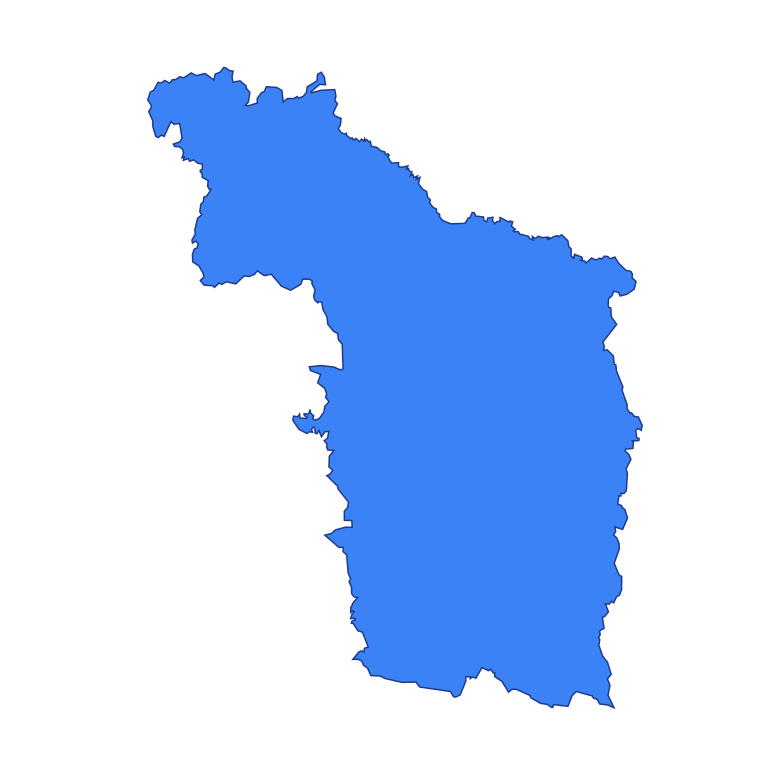 outline of Taungoo, Bago, Myanmar, rotated 189°
{"feature_id": "60261553B53825313002023", "entity_name": "Taungoo", "entity_type": "district", "adm_level": 2, "iso_a3": "MMR", "parent_name": "Myanmar", "parent_adm1": "Bago", "projection": "albers", "projection_center": [96.407, 18.81], "detail": "fine", "context": "isolated", "style": "filled", "palette": "blue", "viewbox_px": 768, "rotation_deg": 189, "n_neighbors": 0, "source": "geoboundaries", "source_scale": "gbopen_adm2", "svg_char_len": 6152}
<svg xmlns="http://www.w3.org/2000/svg" viewBox="0 0 768 768"><g transform="rotate(189 384 384)"><path d="M654.3,646.7L657.5,637.9L660.5,635.8L661.8,627.6L658.0,623.5L657.1,621.1L659.0,616.3L653.5,607.7L652.5,601.9L648.1,592.8L645.5,592.1L642.8,595.1L639.9,594.1L635.5,609.8L632.1,607.7L626.6,609.3L621.9,595.3L623.5,591.3L629.6,588.0L628.0,585.9L622.9,586.2L619.5,584.1L618.2,581.0L618.8,575.8L616.7,577.0L617.2,573.6L612.8,575.9L610.9,573.6L607.0,575.6L602.4,572.8L597.8,572.9L597.1,567.5L598.9,566.3L598.5,564.6L596.7,563.7L596.0,559.8L589.5,557.4L589.1,551.6L587.1,549.1L585.3,549.2L588.4,541.9L591.2,540.3L590.9,535.9L593.0,533.0L592.9,525.3L590.4,522.5L594.0,518.7L595.0,506.5L593.8,502.5L596.2,496.1L595.2,493.2L592.2,495.7L589.4,493.6L590.1,488.9L592.5,487.6L593.5,482.0L592.0,474.7L585.3,471.7L579.9,465.0L578.6,461.7L581.6,457.4L577.1,453.5L568.3,454.3L566.5,452.9L562.8,457.9L559.8,457.0L555.6,460.3L546.1,459.7L538.9,468.9L533.9,469.1L529.0,472.1L526.9,475.9L519.2,472.3L512.5,474.8L500.6,464.6L490.9,462.0L481.9,469.3L480.6,474.8L474.0,475.9L470.8,474.4L471.1,472.1L466.7,466.1L467.3,459.8L465.3,455.8L462.0,453.8L461.1,455.2L458.3,455.1L455.9,448.0L450.8,441.4L448.9,434.3L441.9,428.0L437.7,426.7L436.0,420.6L431.5,416.8L426.8,392.6L429.1,391.1L436.3,392.9L448.7,392.4L460.4,389.4L458.9,385.9L448.1,383.5L449.7,374.8L442.1,370.6L439.0,365.3L439.7,361.9L435.6,357.9L439.0,352.5L439.0,346.7L442.7,339.5L446.9,337.4L449.1,339.0L448.4,341.4L451.9,343.8L453.0,347.2L453.8,342.5L458.3,342.1L457.7,340.4L454.7,339.1L455.2,337.9L461.5,337.2L462.7,341.0L464.1,338.2L468.3,338.1L468.4,334.0L461.1,326.1L452.4,323.0L450.2,325.2L447.0,325.1L448.5,327.8L447.0,330.5L445.3,329.4L444.4,324.7L442.5,324.3L441.0,327.8L437.5,322.2L434.7,327.7L431.1,328.5L431.3,321.7L434.2,318.6L430.6,315.4L430.9,312.7L429.1,310.0L423.1,310.5L426.7,304.1L425.4,293.4L421.1,290.8L423.7,285.9L426.2,284.6L413.8,275.8L412.9,273.1L400.6,261.8L400.6,256.2L403.3,252.1L401.8,243.1L394.5,244.2L393.0,237.5L399.5,236.6L409.0,232.4L412.4,228.2L418.8,225.4L403.0,215.6L398.7,216.3L398.2,212.0L394.2,209.5L389.9,191.9L386.3,185.9L387.6,183.3L384.3,178.2L383.2,171.9L380.3,169.0L376.5,169.0L380.0,163.8L381.8,157.9L381.2,153.2L379.4,155.2L377.8,154.2L379.5,152.2L380.3,147.1L375.8,148.0L375.4,146.6L378.7,144.5L378.8,142.6L377.0,142.7L371.2,136.2L366.5,135.5L358.4,121.7L362.0,119.9L361.8,116.3L364.5,116.9L366.9,115.4L371.7,107.1L366.6,108.1L362.7,106.9L360.2,103.0L355.8,100.8L351.4,94.0L342.1,95.0L337.0,93.3L319.6,92.1L305.9,94.6L301.3,90.3L270.4,90.7L266.4,86.0L264.5,85.9L260.1,88.8L256.7,103.5L257.5,107.8L252.7,108.1L252.7,106.6L250.7,108.6L247.2,107.8L242.9,119.1L235.8,117.2L233.9,118.9L230.8,115.6L229.4,116.0L228.9,112.3L221.1,108.8L212.7,99.1L210.1,102.3L205.7,103.2L191.3,99.3L189.9,97.1L179.6,93.1L172.4,93.1L168.1,90.8L166.8,90.9L166.2,93.9L151.9,94.4L149.5,105.5L146.0,110.4L129.6,108.5L127.8,106.3L124.3,106.1L120.9,101.7L113.0,102.0L106.2,100.2L114.1,111.7L113.7,121.7L117.2,127.7L114.2,132.8L119.7,144.1L125.5,149.5L130.9,159.5L130.9,165.2L132.3,167.2L131.3,170.5L132.5,173.8L128.4,177.1L131.8,187.7L129.5,189.1L126.7,194.1L130.9,201.5L127.3,201.8L125.0,205.0L122.9,203.8L121.1,210.1L118.3,212.5L117.2,218.0L119.1,231.1L121.9,232.0L128.6,242.9L125.8,258.0L127.0,263.6L130.2,268.6L133.8,270.8L132.1,274.4L133.5,278.9L125.6,277.7L122.5,289.8L126.5,297.8L129.8,299.4L130.1,301.0L134.3,301.9L134.5,310.2L132.5,310.4L132.7,313.4L130.0,313.2L128.0,316.5L129.6,333.5L131.6,338.2L128.3,348.2L131.2,352.8L135.3,355.3L135.1,357.5L128.1,359.3L128.5,365.5L129.8,366.6L123.5,368.0L123.5,370.1L125.9,370.3L128.1,377.7L126.3,379.8L122.7,378.5L122.5,383.5L127.6,391.2L131.8,391.2L135.1,394.3L136.3,393.6L140.2,397.9L140.6,401.5L148.0,415.3L147.5,418.3L156.4,433.2L158.0,439.1L159.7,439.6L161.9,447.7L169.0,452.7L172.3,451.5L172.4,456.0L174.4,459.7L163.5,479.3L170.1,486.0L171.8,494.5L174.0,494.8L174.9,496.9L175.6,503.3L172.8,506.5L171.6,511.6L166.6,511.1L164.5,507.9L158.2,510.6L151.7,516.8L151.1,524.6L155.6,527.8L155.8,531.3L157.9,533.9L162.8,534.1L171.4,540.2L175.8,545.5L180.3,543.1L183.0,544.9L186.5,544.7L188.3,541.5L190.5,542.1L194.2,539.6L198.7,540.9L203.3,535.1L204.9,536.8L209.1,536.8L207.5,538.6L208.5,540.3L216.1,541.9L216.4,537.9L219.2,539.7L220.3,546.9L222.8,548.3L224.9,554.3L231.9,559.2L234.6,556.7L235.7,557.7L238.9,556.5L244.3,552.3L245.4,553.0L243.9,554.4L245.1,554.7L250.6,553.3L254.7,554.1L257.2,551.4L260.6,552.9L259.3,549.6L263.3,550.6L264.4,552.5L273.3,553.3L275.3,555.5L279.5,554.7L280.3,555.6L278.5,557.3L282.8,559.7L282.3,564.3L285.1,564.7L285.7,563.4L295.4,566.6L294.9,562.7L297.9,562.2L299.5,559.7L302.4,562.2L302.5,565.7L307.5,564.1L307.9,560.3L310.9,561.2L311.8,564.5L319.6,564.2L321.7,567.2L323.7,567.3L324.9,561.8L326.7,561.3L329.1,555.3L342.9,552.7L351.7,554.7L355.1,557.6L355.7,560.5L358.9,561.7L359.5,565.0L363.3,566.2L367.2,570.0L367.0,573.0L370.0,575.1L372.1,580.8L376.0,582.3L381.3,587.2L380.8,593.7L384.0,591.3L383.4,594.7L386.8,592.5L388.3,595.6L390.4,593.8L389.6,597.8L392.9,598.6L393.4,600.6L395.3,599.7L394.5,603.1L400.4,600.8L403.6,601.0L404.3,605.0L411.1,603.3L416.0,609.2L414.6,610.4L416.0,612.0L418.5,610.8L419.4,613.3L424.2,614.0L427.7,616.5L433.8,616.9L435.4,621.5L437.0,620.9L439.1,622.6L440.2,621.2L441.5,623.4L442.0,620.6L444.5,622.4L446.1,619.6L450.1,622.2L452.2,620.0L453.9,622.2L455.4,621.2L459.9,623.8L460.4,625.7L462.1,624.6L465.7,625.7L469.1,629.3L467.6,632.7L467.9,639.5L474.8,641.3L476.6,643.9L473.8,653.5L476.9,656.5L476.5,660.8L478.7,667.1L492.3,664.2L501.4,660.2L501.8,661.3L494.4,669.9L488.6,670.4L490.9,677.7L494.7,682.1L498.1,679.4L497.6,672.9L506.4,665.4L506.2,659.8L508.9,655.3L513.1,652.9L514.6,654.4L517.9,651.8L524.0,650.9L527.7,646.8L530.8,658.0L536.3,660.1L546.7,659.2L548.0,654.1L550.6,652.5L553.9,646.2L553.1,641.7L561.9,637.4L564.4,637.6L562.1,641.3L562.1,651.1L566.4,654.6L566.8,656.8L573.6,660.9L580.4,658.4L582.1,663.5L582.0,669.4L585.8,669.4L589.9,671.5L591.9,671.5L594.6,666.4L599.1,663.7L599.6,657.7L609.4,662.7L617.6,659.2L623.1,661.1L629.7,655.0L633.7,655.6L637.0,652.3L640.7,651.3L642.7,647.7L648.1,649.5L651.1,646.4L654.3,646.7Z" fill="#3b82f6" stroke="#1e3a8a" stroke-width="1.5"/></g></svg>